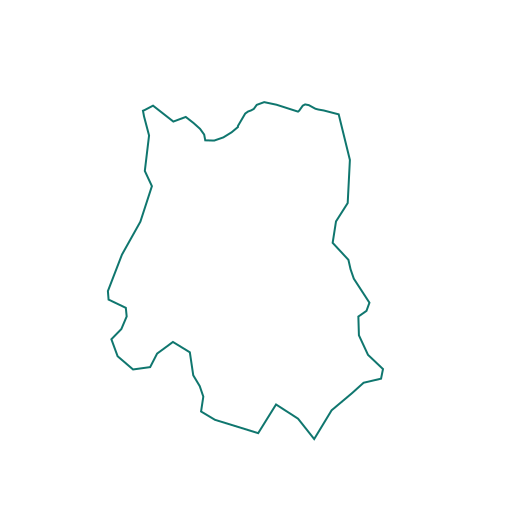 the District of Făleşti, rotated 118°
{"feature_id": "MDA-1620", "entity_name": "Făleşti", "entity_type": "District", "adm_level": 1, "iso_a3": "MDA", "parent_name": "Moldova", "parent_adm1": "", "projection": "albers", "projection_center": [27.695, 47.571], "detail": "fine", "context": "isolated", "style": "outline", "palette": "teal", "viewbox_px": 512, "rotation_deg": 118, "n_neighbors": 0, "source": "natural_earth", "source_scale": "10m", "svg_char_len": 1068}
<svg xmlns="http://www.w3.org/2000/svg" viewBox="0 0 512 512"><g transform="rotate(118 256 256)"><path d="M93.2,254.0L92.1,249.5L127.1,218.2L166.2,199.9L187.9,201.6L208.4,194.5L216.0,172.6L223.3,166.3L230.1,159.0L244.0,133.9L252.6,132.7L261.4,137.2L277.7,127.9L290.7,110.7L296.2,90.8L305.6,88.0L317.4,101.5L332.2,106.9L356.7,116.8L390.3,118.7L379.9,142.5L377.7,168.6L411.4,170.9L419.9,215.3L419.1,231.5L404.9,236.5L397.3,244.6L390.8,255.4L372.1,269.2L370.9,289.0L388.6,297.5L403.8,297.3L413.9,311.3L409.5,331.1L397.4,344.6L383.7,340.6L370.1,341.8L362.9,346.6L363.7,365.7L356.5,370.3L317.7,375.0L280.0,374.2L243.2,380.7L233.1,394.1L199.8,407.0L185.2,420.5L180.8,424.0L179.5,422.9L171.6,417.5L176.1,392.1L166.2,383.3L167.9,373.6L170.0,365.1L173.1,358.8L177.7,355.1L173.7,347.1L166.6,340.5L158.2,335.6L150.6,332.5L149.7,333.0L135.3,332.4L132.1,330.8L129.9,328.8L127.2,327.0L122.2,326.3L116.3,321.0L112.8,308.9L108.8,286.7L107.4,286.1L101.3,285.3L99.1,283.8L98.0,280.2L98.1,272.7L97.4,269.7L95.7,264.5L93.2,254.0Z" fill="none" stroke="#0f766e" stroke-width="2"/></g></svg>